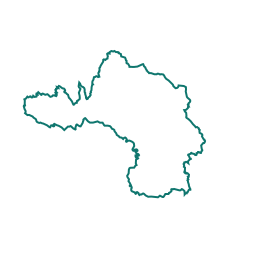 the district of Krong No, Đắk Nông, Vietnam, rotated 141°
{"feature_id": "81297802B95536504011076", "entity_name": "Krong No", "entity_type": "district", "adm_level": 2, "iso_a3": "VNM", "parent_name": "Vietnam", "parent_adm1": "Đắk Nông", "projection": "equal_earth", "projection_center": [107.904, 12.369], "detail": "fine", "context": "isolated", "style": "outline", "palette": "teal", "viewbox_px": 256, "rotation_deg": 141, "n_neighbors": 0, "source": "geoboundaries", "source_scale": "gbopen_adm2", "svg_char_len": 5833}
<svg xmlns="http://www.w3.org/2000/svg" viewBox="0 0 256 256"><g transform="rotate(141 128 128)"><path d="M117.8,42.4L117.0,44.8L116.3,45.8L115.4,48.2L114.9,48.9L114.7,50.0L113.5,50.0L113.3,51.2L112.4,51.5L112.1,52.5L111.3,52.1L110.0,53.4L110.2,55.4L110.5,55.8L111.2,55.8L111.9,56.6L112.1,58.1L111.8,58.4L111.2,57.5L111.1,58.5L108.6,61.4L109.0,62.7L107.7,63.8L107.5,65.0L106.3,65.1L106.0,65.8L104.2,65.2L103.8,64.7L103.3,62.8L102.8,63.9L102.1,64.4L100.0,64.7L98.6,64.4L98.5,64.7L98.9,65.2L98.9,66.0L98.3,67.6L98.3,69.2L97.9,69.4L95.4,68.5L94.8,68.9L94.4,68.8L94.1,67.7L92.9,66.2L92.8,64.8L92.1,64.1L91.5,64.1L90.5,65.3L89.5,64.8L88.7,65.3L88.1,64.8L87.5,63.1L86.9,62.7L85.7,63.7L84.6,63.7L84.2,64.0L83.8,65.4L82.1,68.4L78.9,69.0L78.5,68.5L78.2,68.4L76.9,68.9L76.3,69.4L76.1,70.1L76.3,70.6L76.0,71.0L76.3,71.5L75.9,74.3L75.7,75.1L74.7,75.6L74.4,76.4L74.6,77.4L75.4,79.1L74.5,80.6L73.5,81.3L73.8,82.2L73.4,82.6L73.2,83.5L73.7,84.8L73.7,85.3L74.9,85.9L74.8,87.3L75.1,90.0L75.0,93.9L75.4,96.8L76.1,99.1L75.9,99.9L75.1,100.4L73.3,103.1L73.2,103.6L73.4,105.0L73.0,106.5L72.2,105.9L71.3,105.6L68.9,105.8L68.1,106.6L67.3,106.2L66.9,108.5L66.7,108.6L66.2,108.1L65.3,109.1L63.6,109.2L62.7,109.7L62.2,110.5L62.2,111.4L62.7,114.2L62.6,115.2L60.1,120.1L58.8,121.3L57.3,123.3L58.2,125.5L61.9,129.2L62.4,128.7L63.7,128.2L64.8,128.3L66.0,129.0L66.4,132.0L65.9,133.2L65.9,134.0L66.5,139.3L67.4,142.3L67.3,144.5L66.9,146.1L67.0,147.5L68.5,149.1L69.4,149.4L70.0,150.8L71.0,151.7L71.9,151.7L73.7,153.2L75.5,156.1L77.1,157.4L76.9,158.0L77.3,159.4L77.1,160.8L77.3,161.0L77.0,161.6L76.9,163.1L76.4,164.2L76.7,165.8L76.0,168.0L76.6,168.4L82.0,169.8L84.8,171.6L88.4,174.6L87.9,175.4L87.6,177.4L87.7,178.4L88.3,179.1L88.2,179.6L87.1,180.8L86.8,181.2L87.0,181.9L86.2,183.6L86.0,184.6L88.2,187.9L87.0,190.0L87.9,191.5L87.7,192.1L88.2,192.3L88.0,193.3L89.6,194.6L90.1,196.4L91.4,196.8L92.5,198.3L94.6,198.5L95.4,197.5L95.6,197.9L95.9,197.9L96.0,198.5L96.8,198.8L97.6,198.7L98.6,196.3L99.7,195.6L100.2,194.9L101.8,195.3L102.7,195.1L103.5,196.5L104.3,196.6L105.5,195.2L110.1,193.6L111.6,192.7L112.5,192.6L113.8,190.7L114.8,190.3L114.9,189.8L116.1,189.6L116.8,188.9L118.0,185.9L119.2,186.4L119.5,187.6L119.9,188.1L120.7,188.4L121.3,188.3L122.5,188.9L124.5,187.3L126.2,186.7L127.6,185.3L127.8,183.9L128.5,184.2L130.5,182.7L132.7,180.3L134.1,179.7L134.3,179.0L135.7,178.6L136.2,177.2L136.8,177.2L137.8,176.6L139.9,176.7L140.6,176.1L141.3,176.1L141.9,176.4L141.7,177.8L140.8,179.0L139.8,181.6L139.2,182.1L139.1,183.2L137.4,185.3L136.9,186.6L137.1,188.0L138.0,189.7L137.9,191.1L137.3,192.6L137.3,194.0L140.1,191.5L140.5,190.3L140.3,189.3L140.4,188.3L144.0,186.3L145.3,183.5L146.7,181.5L147.6,180.8L148.9,181.0L149.8,180.7L150.5,181.1L151.1,180.8L151.9,179.8L153.2,180.5L155.5,180.2L155.7,180.5L155.7,180.8L154.8,184.0L154.7,187.5L154.9,188.7L153.7,191.6L154.1,193.0L154.2,194.7L154.8,195.4L154.9,195.8L154.5,196.5L153.5,196.6L153.1,196.9L152.9,198.1L153.0,199.0L154.0,200.1L154.8,203.4L155.3,204.2L156.5,203.7L157.1,204.4L157.2,203.0L157.9,203.8L158.3,203.3L159.2,203.8L159.7,203.1L160.5,203.2L160.7,201.9L161.1,201.3L161.0,200.0L161.3,200.0L161.9,201.4L162.2,201.3L162.5,198.6L162.9,198.4L163.4,198.8L163.4,197.3L164.3,199.0L165.7,200.6L167.1,200.4L168.6,201.0L168.9,201.6L169.1,204.0L169.4,205.0L171.4,205.9L172.6,208.4L173.5,208.7L174.4,208.2L174.6,208.4L175.2,212.3L176.0,212.0L177.1,212.3L177.1,211.1L177.3,210.6L178.3,211.4L178.9,210.3L179.4,210.0L181.1,211.0L181.4,212.7L182.8,211.9L183.5,212.2L183.9,212.9L183.8,213.9L184.6,214.3L186.0,214.4L186.6,215.1L186.6,215.7L189.0,215.1L190.5,215.5L190.9,214.3L193.3,211.5L193.7,210.4L194.3,210.2L194.9,210.8L195.3,210.5L196.5,207.7L196.8,205.9L197.5,204.8L198.7,204.3L198.0,201.3L196.6,200.4L194.9,196.9L194.9,195.6L194.1,193.0L194.2,192.3L194.9,190.7L194.8,189.6L193.8,187.8L192.6,187.3L192.0,186.0L191.0,184.7L189.2,181.0L188.5,178.0L188.0,177.5L187.4,178.0L186.0,178.4L185.6,178.0L185.0,176.3L184.3,175.9L184.0,176.0L183.8,177.5L182.7,177.6L181.4,174.7L180.5,173.4L179.2,170.2L178.8,166.5L173.8,166.9L172.6,165.9L171.5,165.7L171.2,165.1L170.8,162.0L169.9,160.0L169.5,160.0L168.6,161.4L166.1,163.0L165.5,162.9L164.9,160.8L164.2,159.4L163.8,159.1L160.0,160.5L158.7,161.5L157.9,161.8L157.4,162.6L155.6,162.8L155.0,162.5L154.9,158.4L154.2,156.2L151.8,154.2L147.5,152.3L146.5,149.8L144.4,148.1L144.8,145.2L144.7,144.5L142.3,142.6L140.9,140.9L140.7,139.7L140.9,137.4L140.1,136.1L139.9,135.1L140.5,133.9L140.5,131.2L141.1,129.7L140.3,127.4L140.4,126.1L139.0,124.5L138.7,122.5L137.3,122.8L136.2,122.4L135.9,121.1L136.2,119.8L137.8,119.1L138.0,118.5L137.8,118.2L135.9,118.0L134.8,117.3L133.6,115.1L133.1,113.3L133.2,112.2L134.5,110.1L137.8,108.7L138.2,108.3L138.3,107.3L138.0,106.8L136.3,106.9L134.8,106.0L134.6,105.4L134.7,104.6L135.1,104.3L135.5,104.4L136.3,105.4L136.8,105.5L137.1,105.3L137.4,103.1L136.4,101.2L136.5,100.0L137.1,99.8L138.0,100.2L138.8,101.7L139.4,102.0L140.1,101.1L140.3,100.3L139.3,98.7L139.2,98.1L139.7,98.0L141.4,98.5L141.7,98.3L144.2,95.6L144.7,93.8L145.9,94.1L148.2,93.3L150.6,95.2L151.4,95.7L152.2,95.8L153.5,95.1L156.1,92.3L158.8,91.3L159.3,90.1L159.5,87.6L161.1,86.3L161.2,84.3L161.7,82.0L162.8,82.2L163.1,81.9L163.0,81.3L162.4,80.9L162.2,80.5L162.4,79.7L162.8,79.1L163.9,78.6L164.8,77.3L164.7,76.2L163.4,73.9L163.5,72.1L162.8,71.9L161.8,72.7L161.2,72.4L160.8,70.9L161.3,69.5L161.3,68.7L160.1,68.5L159.3,67.8L158.0,67.8L157.3,67.4L157.0,66.7L156.7,64.4L155.6,61.9L153.0,60.0L148.3,55.3L145.8,55.3L144.6,52.7L144.0,52.2L143.3,52.2L140.5,53.2L138.2,51.3L137.5,51.3L136.9,51.8L136.1,51.5L134.6,51.5L133.8,51.7L133.2,52.9L132.9,53.1L132.3,52.9L131.5,52.0L130.6,51.7L127.2,47.1L126.3,46.5L124.7,46.7L124.3,46.1L123.8,43.7L124.2,42.8L125.8,40.7L124.3,41.0L123.5,40.3L122.9,40.9L122.2,40.5L119.9,41.6L119.2,41.6L118.4,40.8L118.0,41.2L117.8,42.4Z" fill="none" stroke="#0f766e" stroke-width="2"/></g></svg>